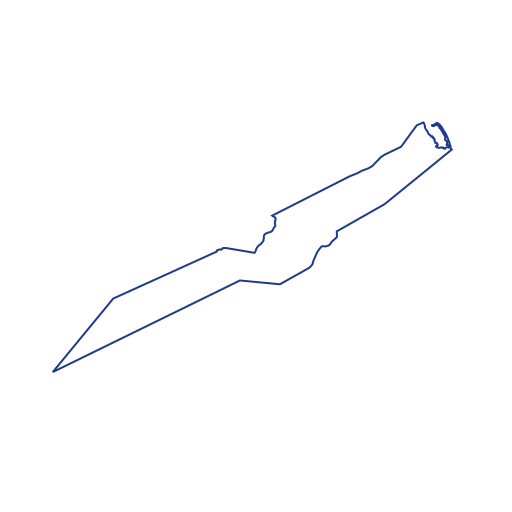 Gagaemauga II, Gaga'emauga, Samoa, rotated 38°
{"feature_id": "51752279B40413162878901", "entity_name": "Gagaemauga II", "entity_type": "district", "adm_level": 2, "iso_a3": "WSM", "parent_name": "Samoa", "parent_adm1": "Gaga'emauga", "projection": "mercator", "projection_center": [-172.342, -13.526], "detail": "fine", "context": "isolated", "style": "outline", "palette": "blue", "viewbox_px": 512, "rotation_deg": 38, "n_neighbors": 0, "source": "geoboundaries", "source_scale": "gbopen_adm2", "svg_char_len": 2053}
<svg xmlns="http://www.w3.org/2000/svg" viewBox="0 0 512 512"><g transform="rotate(38 256 256)"><path d="M344.7,51.7L343.9,51.8L341.0,49.3L340.4,49.0L337.8,47.0L335.4,45.7L333.2,44.3L329.8,42.7L328.3,42.1L327.5,42.1L325.4,41.1L323.4,40.3L321.3,39.7L319.7,39.4L317.5,39.4L316.6,39.8L316.3,40.4L315.9,41.8L315.1,43.7L314.2,44.6L314.8,45.0L316.0,44.3L316.6,43.1L316.8,42.0L317.5,41.3L320.6,41.1L322.1,42.3L323.1,41.9L324.0,42.2L324.5,42.8L327.0,43.4L328.3,44.2L331.2,45.3L332.3,46.1L333.1,47.6L333.5,48.1L335.8,48.1L337.3,49.3L337.5,50.6L337.9,51.0L338.3,50.5L340.0,50.6L341.3,51.1L341.3,51.8L340.4,52.1L339.5,52.9L338.6,54.3L338.8,55.2L338.0,55.6L336.4,55.4L336.0,56.2L335.2,56.4L334.5,57.0L333.7,58.2L333.1,58.3L331.8,58.9L330.5,59.1L330.3,58.7L330.8,58.3L331.0,56.8L330.2,56.1L329.6,56.3L328.8,55.6L327.6,56.5L326.1,55.3L325.4,55.1L325.4,54.5L324.3,53.9L323.0,54.0L323.1,53.6L321.8,53.2L321.1,53.2L320.5,54.0L319.0,53.5L317.6,53.7L316.4,53.4L314.2,52.2L312.4,51.8L310.8,51.1L309.8,50.5L309.6,50.0L308.5,49.2L306.5,47.9L305.7,47.7L302.3,53.8L302.3,56.9L302.5,63.6L303.1,80.6L295.4,96.1L294.9,97.1L293.5,101.4L293.3,104.1L292.7,108.8L292.5,111.1L292.2,113.7L290.9,117.0L289.6,119.4L287.0,123.5L285.0,128.2L284.7,128.7L280.6,135.8L243.9,214.2L245.1,214.2L247.3,213.9L248.4,214.4L248.9,214.9L249.2,216.1L250.6,218.5L252.3,219.9L252.7,220.8L252.7,222.6L253.2,225.3L253.2,226.8L252.4,228.5L251.3,229.9L249.7,232.7L249.6,233.7L249.7,234.9L250.3,236.0L251.1,236.9L251.7,238.3L252.4,239.2L252.5,239.9L252.5,243.4L251.5,246.7L251.8,249.9L252.2,251.3L252.7,252.4L252.9,254.4L227.4,268.2L225.0,270.2L224.9,271.9L224.5,272.6L223.3,273.1L223.1,273.7L222.0,275.0L221.9,276.0L222.4,276.6L169.7,377.4L167.3,472.6L258.4,285.2L292.2,263.6L305.4,232.1L305.6,228.1L305.0,226.2L304.1,224.3L303.4,221.2L302.6,218.3L301.7,214.4L301.7,209.7L301.8,208.1L302.3,207.4L304.7,205.8L305.6,204.7L306.6,203.2L307.2,201.6L306.9,198.5L307.1,197.0L308.1,191.5L307.6,190.5L306.4,189.2L304.5,186.8L325.4,136.0L336.9,85.9L344.7,51.7Z" fill="none" stroke="#1e3a8a" stroke-width="2"/></g></svg>